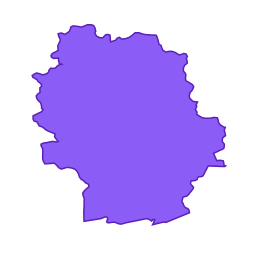 the district of Dungun, Terengganu, Malaysia, rotated 97°
{"feature_id": "92858781B15989569853600", "entity_name": "Dungun", "entity_type": "district", "adm_level": 2, "iso_a3": "MYS", "parent_name": "Malaysia", "parent_adm1": "Terengganu", "projection": "natural_earth1", "projection_center": [103.127, 4.682], "detail": "fine", "context": "isolated", "style": "filled", "palette": "violet", "viewbox_px": 256, "rotation_deg": 97, "n_neighbors": 0, "source": "geoboundaries", "source_scale": "gbopen_adm2", "svg_char_len": 3326}
<svg xmlns="http://www.w3.org/2000/svg" viewBox="0 0 256 256"><g transform="rotate(97 128 128)"><path d="M32.1,128.1L32.6,132.6L35.0,134.7L36.1,135.8L37.9,137.9L39.8,141.8L40.5,145.2L39.0,147.5L40.3,149.9L42.4,150.9L44.6,155.8L41.4,156.5L38.1,157.1L37.6,159.3L38.1,161.4L41.6,164.2L41.8,166.7L40.7,170.4L37.7,172.5L35.9,171.8L32.9,172.9L30.5,174.6L30.0,176.8L30.4,180.8L32.0,183.6L33.5,186.4L33.3,189.8L33.3,194.9L34.6,197.0L37.2,197.4L39.4,198.1L41.4,200.4L42.7,202.1L41.8,205.6L42.9,208.8L45.7,207.9L47.9,206.2L49.7,206.0L52.2,206.8L54.6,207.7L57.5,207.3L59.4,206.6L61.4,209.4L63.2,212.2L65.3,213.2L66.9,212.8L68.0,210.7L67.7,208.3L67.1,205.6L69.9,205.1L72.3,204.1L72.8,201.7L74.3,205.1L77.5,207.5L78.0,210.0L78.0,212.0L80.1,213.4L82.1,213.7L83.6,214.7L85.0,217.3L85.6,219.8L84.9,222.2L84.5,225.4L86.0,227.7L87.6,229.5L89.1,228.7L89.3,228.6L91.1,224.3L92.8,223.0L94.1,220.7L95.8,219.0L97.4,219.0L98.7,220.3L101.3,220.1L103.3,219.6L105.4,221.8L107.4,223.0L109.6,222.2L111.5,220.7L113.7,217.7L117.0,216.4L119.0,216.2L120.0,214.5L122.4,215.8L125.1,220.1L127.5,223.7L130.7,223.3L132.5,222.2L132.9,219.4L134.7,217.9L136.8,216.4L137.3,213.4L138.3,211.5L139.7,209.6L140.8,206.8L141.8,203.0L142.7,199.8L145.6,199.8L148.0,197.7L149.9,195.7L150.5,197.2L150.5,201.3L151.6,204.7L152.5,207.0L153.2,210.0L154.7,212.4L156.5,212.0L158.0,210.7L160.6,209.8L164.7,209.4L168.7,209.0L171.1,208.1L173.7,206.2L173.4,204.3L172.6,200.4L171.9,196.8L173.9,194.0L175.9,191.9L176.9,189.1L175.9,186.8L174.5,183.8L174.5,179.5L175.4,175.5L177.2,173.3L179.5,171.6L182.8,170.1L184.8,168.0L185.4,166.1L187.6,163.5L188.7,160.3L191.1,159.7L193.3,161.8L196.1,164.0L198.3,165.0L201.3,164.0L203.5,162.7L205.9,162.7L209.4,162.2L217.0,161.6L226.0,160.3L221.2,143.7L219.5,140.7L218.8,139.1L219.5,137.4L221.0,137.1L222.3,137.4L223.1,137.8L224.2,137.4L224.5,136.5L224.4,135.2L224.0,133.7L223.4,132.1L223.2,129.8L223.7,127.3L224.2,125.8L224.3,123.8L223.9,122.1L223.3,120.8L222.5,119.0L215.9,99.1L215.8,96.9L216.7,94.7L217.5,93.2L215.8,92.2L215.6,90.3L218.2,91.0L218.9,91.0L221.0,91.8L217.3,82.1L216.9,80.2L217.1,78.9L204.6,56.6L201.8,57.6L200.6,58.8L200.4,60.3L199.7,61.8L198.7,62.8L197.3,63.6L196.2,64.1L194.9,65.2L193.8,65.6L191.9,65.2L190.2,65.2L189.5,64.0L188.6,61.7L187.8,60.7L186.0,59.3L184.4,58.5L182.9,57.4L180.5,56.1L179.1,55.7L177.9,56.6L176.4,58.8L175.2,59.2L172.8,58.9L172.4,56.8L171.8,54.7L170.8,53.2L168.9,52.8L167.7,51.8L167.5,49.7L166.4,47.7L155.9,43.8L154.5,27.4L153.7,26.5L153.4,28.1L151.0,28.7L149.0,29.4L148.8,32.4L149.5,36.0L142.7,40.0L140.3,36.0L138.8,33.9L137.7,31.7L136.4,30.4L134.7,30.2L132.3,30.4L130.5,32.4L128.6,33.0L126.1,32.8L123.7,30.2L122.4,30.7L118.3,32.2L115.5,31.5L115.2,33.4L113.7,36.6L111.8,38.6L109.4,39.4L107.0,40.5L107.0,43.9L108.1,46.9L108.9,52.2L108.7,55.4L107.8,58.0L105.9,61.6L103.9,61.4L101.5,63.3L98.0,62.4L97.2,63.3L93.7,62.2L93.7,63.9L93.7,66.7L91.0,70.3L88.6,71.2L85.4,70.7L82.1,68.6L79.1,67.8L77.1,69.3L75.4,72.9L74.1,76.3L71.2,77.1L68.8,76.9L66.9,77.6L64.7,79.9L61.8,80.3L59.0,79.5L56.4,77.1L54.7,77.4L51.6,78.6L49.8,77.8L47.5,79.3L47.2,81.8L48.3,83.5L49.2,86.1L48.3,88.2L47.4,89.9L46.6,93.1L46.8,96.3L48.1,99.8L46.4,103.0L44.4,104.2L42.0,105.3L41.1,107.4L37.7,108.7L34.1,110.2L32.4,111.5L32.6,113.6L32.9,117.0L33.1,120.9L33.1,123.4L32.4,127.9L32.1,128.1Z" fill="#8b5cf6" stroke="#5b21b6" stroke-width="1.5"/></g></svg>